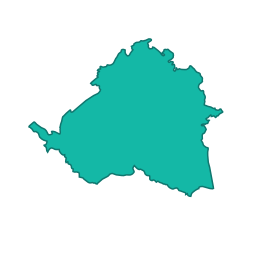 Punjab, Natural Earth projection, rotated 256°
{"feature_id": "IND-3249", "entity_name": "Punjab", "entity_type": "State", "adm_level": 1, "iso_a3": "IND", "parent_name": "India", "parent_adm1": "", "projection": "natural_earth1", "projection_center": [75.648, 31.038], "detail": "fine", "context": "isolated", "style": "filled", "palette": "teal", "viewbox_px": 256, "rotation_deg": 256, "n_neighbors": 0, "source": "natural_earth", "source_scale": "10m", "svg_char_len": 5910}
<svg xmlns="http://www.w3.org/2000/svg" viewBox="0 0 256 256"><g transform="rotate(256 128 128)"><path d="M123.8,56.1L124.5,53.1L124.9,52.1L126.6,50.0L127.2,48.8L126.9,47.3L125.5,45.5L124.0,44.2L125.5,43.7L128.8,44.0L130.1,43.3L130.6,42.8L131.3,42.4L131.6,42.4L131.7,42.8L131.6,43.9L131.7,44.3L132.1,44.7L133.6,45.8L134.8,46.2L136.6,43.3L138.5,41.4L140.6,40.1L144.3,39.8L145.1,39.4L146.8,37.9L147.1,36.2L147.5,35.6L150.4,34.5L151.4,33.7L152.0,33.5L153.0,32.2L153.5,32.4L154.0,33.0L156.4,37.8L156.5,38.2L156.4,38.6L156.1,38.9L153.5,40.4L149.4,43.9L147.5,46.3L146.7,47.1L145.8,47.6L144.8,48.1L141.1,49.0L140.6,49.5L140.4,50.2L140.3,51.1L140.4,52.1L140.7,53.0L141.3,53.3L141.6,53.3L142.8,52.9L143.1,53.1L143.1,53.5L142.9,54.4L142.0,56.2L139.0,59.7L138.7,60.3L138.9,60.7L140.0,61.2L143.2,61.8L144.4,62.3L145.2,62.1L145.6,62.5L148.0,63.6L150.6,65.3L153.7,66.8L154.7,67.5L155.3,68.7L157.2,71.7L159.4,76.0L159.4,76.4L159.1,76.6L157.6,76.5L157.3,76.7L157.0,77.1L157.0,78.2L164.8,93.9L167.8,102.6L168.6,106.5L168.9,107.5L169.5,108.5L170.6,109.8L171.8,110.6L172.9,110.0L174.0,109.9L175.0,110.3L175.7,110.4L176.4,109.4L176.7,108.0L177.1,107.7L177.8,107.8L178.0,107.5L178.2,106.9L177.9,104.4L178.2,103.7L179.6,103.3L180.2,102.6L180.9,103.3L183.0,107.5L184.1,109.9L184.4,111.1L184.8,111.2L185.1,111.1L185.7,110.6L186.0,110.5L186.3,110.8L186.7,111.6L187.2,112.0L187.4,112.1L187.8,111.6L188.7,111.7L189.3,112.4L189.6,113.6L189.9,113.9L190.3,113.6L190.9,112.5L191.2,112.3L191.7,112.8L192.1,113.6L192.2,114.3L191.9,115.5L192.0,115.7L193.7,115.6L194.2,115.8L194.4,116.2L194.1,117.0L193.3,118.0L193.0,119.0L192.9,121.7L193.1,122.2L194.1,122.9L194.2,123.5L193.6,124.7L193.3,125.8L193.4,127.1L193.8,128.5L194.3,129.4L195.4,130.5L198.3,132.9L199.4,134.3L201.9,136.5L202.4,137.1L203.7,139.8L205.1,140.4L205.5,141.1L205.5,142.0L205.2,142.9L204.4,144.1L202.2,143.5L200.5,143.6L198.5,144.6L198.1,145.0L198.0,145.8L198.1,146.3L198.4,147.0L200.0,148.4L202.6,151.6L202.9,151.7L203.7,151.0L204.3,151.0L205.7,151.3L206.4,151.1L206.9,153.4L207.1,153.7L208.2,154.2L208.9,156.1L209.0,156.9L208.7,158.9L208.6,160.0L209.5,161.5L209.5,161.9L209.0,163.0L208.8,163.7L208.8,166.6L209.4,169.6L209.0,171.1L208.5,171.8L208.0,172.0L207.4,171.8L206.9,170.8L206.1,168.2L205.7,167.8L205.3,167.6L203.0,167.8L201.9,167.3L201.2,167.4L199.8,168.0L199.5,168.6L199.3,170.8L199.6,171.2L200.5,171.5L200.0,172.6L199.1,173.4L195.7,176.0L193.4,177.5L191.2,178.3L190.4,178.8L189.8,179.4L189.5,180.0L189.7,180.7L189.9,181.0L190.2,181.1L191.0,180.7L192.1,179.2L192.6,179.3L193.0,179.7L193.4,180.9L193.9,181.4L194.9,181.7L195.3,182.4L195.2,183.4L194.7,184.4L194.7,185.7L194.4,186.0L192.6,187.2L189.5,189.8L187.6,189.7L187.1,189.4L185.8,189.0L185.4,188.7L184.5,187.2L184.0,186.2L183.5,183.8L183.0,183.2L182.2,183.3L181.8,183.6L181.7,184.1L182.1,185.2L182.1,185.6L181.6,187.1L181.4,187.5L181.1,187.7L180.5,187.6L179.2,186.1L178.9,186.1L178.6,186.2L178.7,187.7L178.6,188.0L178.1,188.3L177.1,188.3L175.4,187.9L173.4,186.3L172.9,186.2L172.1,186.8L171.9,187.1L172.1,187.9L172.7,188.4L174.2,189.0L174.6,189.3L174.6,189.5L174.3,189.7L173.1,190.0L172.7,190.4L172.7,191.1L173.1,192.0L172.0,193.8L171.0,197.0L170.6,198.8L170.8,199.9L171.5,201.7L172.9,202.7L173.2,203.1L173.2,203.7L172.6,204.4L171.0,205.3L169.0,206.7L167.9,207.0L165.7,208.1L164.0,210.5L163.5,210.9L162.9,211.1L161.4,211.0L158.9,212.2L158.0,212.2L156.3,211.6L155.2,211.5L154.4,210.5L153.6,208.4L153.3,207.9L152.1,206.8L150.4,206.2L149.8,206.2L148.4,206.7L146.7,207.5L146.3,208.0L146.2,208.6L146.2,209.6L145.8,210.1L145.2,210.2L143.3,209.8L140.1,210.5L138.6,210.2L136.7,209.0L135.2,209.0L132.5,207.7L132.0,207.6L131.7,207.8L130.9,209.1L129.7,210.7L128.4,213.2L128.0,213.8L126.3,215.5L126.2,217.1L125.8,217.2L125.1,217.1L124.5,217.5L123.7,219.0L123.4,219.8L123.4,220.4L124.1,221.9L124.0,222.4L123.7,222.8L122.2,223.1L121.2,223.8L120.4,223.6L119.5,220.2L118.1,218.3L118.0,218.0L118.3,217.5L118.2,217.1L117.2,216.0L117.1,215.4L118.6,214.6L119.0,214.2L118.9,212.5L119.0,211.6L120.3,211.7L120.6,211.5L120.6,211.3L120.2,210.4L118.8,208.2L118.2,206.1L118.0,205.9L117.5,206.0L116.5,206.6L116.2,207.1L116.0,208.4L115.8,208.7L114.8,207.5L113.6,206.8L113.3,206.5L113.2,206.0L113.3,204.6L112.9,203.7L113.5,202.7L113.6,201.0L113.4,200.2L113.0,199.9L112.5,200.1L112.3,200.4L112.0,202.0L111.6,202.5L109.0,203.3L107.7,203.5L104.8,201.1L104.6,200.7L104.3,199.3L103.6,198.6L102.8,198.2L99.5,197.5L98.6,196.2L98.2,196.1L95.6,196.9L93.4,197.0L92.6,197.3L90.5,198.9L89.4,200.8L88.4,200.8L85.5,199.5L82.2,198.7L75.3,197.6L70.2,197.7L50.3,196.5L48.7,196.3L48.6,195.2L49.4,193.0L53.2,186.3L53.5,184.8L53.6,183.7L53.2,182.5L52.0,182.0L52.1,181.2L51.3,178.3L50.1,175.6L49.1,173.9L46.5,172.4L47.0,171.1L47.8,170.1L48.9,169.6L49.9,169.7L49.5,167.9L50.4,168.2L51.1,168.1L51.6,167.6L54.3,163.6L54.7,162.8L55.1,162.3L57.2,161.6L58.0,160.8L58.2,159.3L57.9,156.9L58.5,155.7L60.0,154.0L60.8,153.4L62.0,152.8L63.2,152.5L63.6,152.2L64.0,150.7L64.7,150.1L65.1,148.8L66.4,147.5L67.5,145.7L69.1,144.2L69.1,143.7L68.6,142.4L68.8,142.2L69.8,141.8L70.9,140.9L71.5,139.8L71.1,138.6L71.9,137.4L72.5,137.0L73.2,136.8L75.1,137.3L76.3,137.4L76.7,136.9L76.9,136.0L77.5,134.8L78.4,134.0L79.3,133.5L81.5,133.3L82.6,132.9L85.0,130.2L85.0,128.8L85.8,127.7L86.9,126.8L90.0,125.0L88.6,123.5L87.8,123.0L86.7,123.0L84.4,123.4L83.5,123.0L82.4,121.3L82.1,120.4L81.9,119.1L82.1,117.8L82.9,115.2L82.9,112.3L83.3,110.8L85.4,105.3L87.6,102.0L87.8,100.7L87.7,99.5L86.1,96.9L84.6,90.8L81.7,85.1L81.1,84.4L81.9,83.1L82.6,82.7L82.9,81.3L83.6,80.5L83.9,77.9L84.4,76.9L85.2,76.0L89.2,72.8L90.0,72.5L90.7,71.9L92.2,68.9L95.6,69.7L96.7,69.4L97.7,67.7L98.2,65.5L99.1,64.1L101.5,64.9L102.3,63.8L103.4,63.6L104.6,63.8L105.8,63.6L106.5,63.2L107.5,61.6L108.0,61.3L109.8,61.4L109.4,59.6L110.4,59.4L113.6,60.6L114.0,60.7L114.5,60.5L115.1,59.9L115.5,59.6L117.4,60.1L117.4,58.6L118.6,57.4L120.2,56.5L121.4,56.1L122.1,55.9L123.8,56.1Z" fill="#14b8a6" stroke="#0f766e" stroke-width="1.5"/></g></svg>